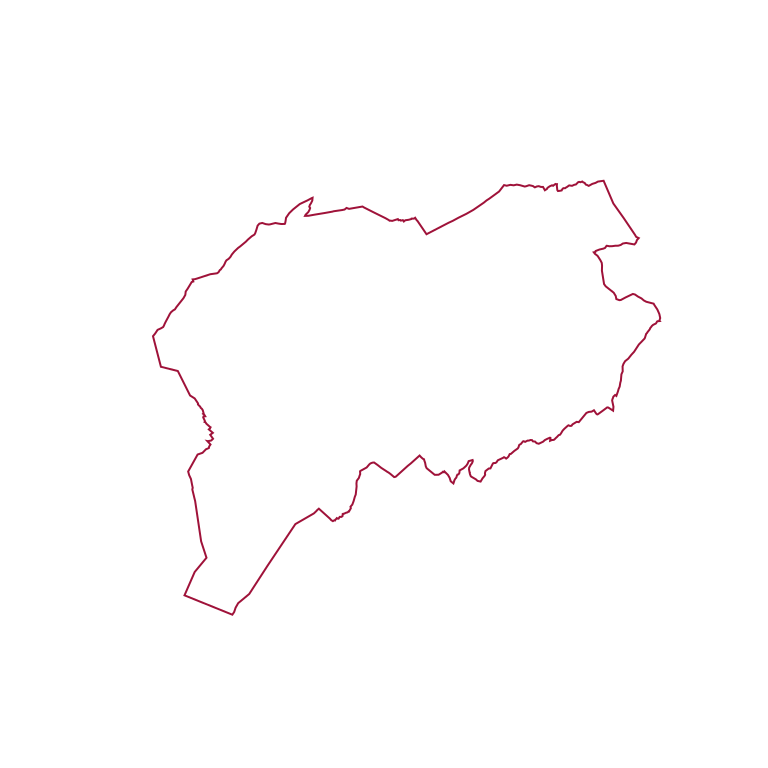 Atlatlahucan, Morelos, Mexico (Natural Earth projection), rotated 202°
{"feature_id": "50627088B89977310862444", "entity_name": "Atlatlahucan", "entity_type": "district", "adm_level": 2, "iso_a3": "MEX", "parent_name": "Mexico", "parent_adm1": "Morelos", "projection": "natural_earth1", "projection_center": [-98.903, 18.941], "detail": "fine", "context": "isolated", "style": "outline", "palette": "rose", "viewbox_px": 768, "rotation_deg": 202, "n_neighbors": 0, "source": "geoboundaries", "source_scale": "gbopen_adm2", "svg_char_len": 6154}
<svg xmlns="http://www.w3.org/2000/svg" viewBox="0 0 768 768"><g transform="rotate(202 384 384)"><path d="M597.3,316.4L580.0,318.8L559.5,300.7L554.1,299.7L549.1,296.3L548.8,295.3L545.9,294.1L545.1,293.3L543.6,292.8L542.2,291.8L540.3,289.3L540.6,288.6L539.3,288.3L537.7,287.1L539.2,286.3L539.1,285.3L536.3,282.7L536.1,281.6L535.5,281.8L533.7,280.6L529.2,279.0L528.6,278.9L528.7,277.7L529.4,276.3L524.4,274.6L526.1,271.8L522.0,269.2L523.0,266.9L525.9,265.0L526.4,264.9L522.2,262.9L522.7,260.6L522.4,259.0L524.6,256.8L526.5,252.2L530.4,248.8L532.8,229.5L530.5,226.5L527.4,223.6L524.1,218.5L522.4,216.0L522.4,215.3L522.2,214.4L517.9,208.4L517.5,207.8L515.3,204.8L494.6,169.6L483.5,156.4L489.1,138.8L489.8,113.3L438.2,113.3L437.5,116.5L437.8,121.0L437.1,126.2L430.3,138.8L423.9,171.9L413.7,220.9L400.5,237.8L399.1,240.9L398.7,242.1L397.7,244.0L383.7,238.9L381.9,238.0L380.0,237.7L379.1,238.9L378.2,239.2L378.3,240.0L377.8,240.9L377.5,242.0L376.4,241.8L375.7,242.1L375.3,244.2L373.6,244.9L373.0,246.0L373.2,246.3L373.2,246.9L373.6,248.0L373.3,248.3L373.0,248.2L370.7,250.7L370.2,250.9L369.4,251.8L369.1,252.7L368.7,252.7L368.2,256.4L369.1,257.7L368.2,260.3L368.3,264.0L368.8,268.5L368.8,270.9L371.0,278.7L372.3,281.5L373.0,284.1L372.1,287.5L372.3,290.0L372.3,291.5L373.5,294.1L373.2,294.7L368.8,300.1L367.5,304.0L366.8,305.3L365.3,306.7L363.8,307.5L359.6,306.5L355.1,305.2L348.9,304.0L348.2,303.8L346.6,303.6L344.3,303.0L339.7,301.5L338.4,302.4L331.3,317.0L329.4,320.4L324.2,331.0L322.1,330.0L319.8,329.2L318.7,329.2L318.0,328.2L316.4,326.4L314.4,323.3L312.9,321.9L303.0,318.8L299.4,320.3L297.0,323.6L296.5,324.7L295.5,324.6L295.3,325.6L290.7,323.7L288.0,321.6L285.7,318.8L282.4,317.8L282.5,320.0L282.7,320.8L282.4,323.0L282.0,323.9L281.9,324.9L282.1,326.1L282.0,327.5L281.1,328.1L280.8,329.6L281.2,331.2L281.5,332.2L278.8,335.5L277.1,339.1L276.7,340.9L276.6,342.0L276.6,344.2L273.4,346.7L272.8,345.9L272.7,344.1L272.9,342.8L273.2,342.0L273.7,338.4L273.2,336.7L272.0,334.8L271.3,334.1L271.4,333.9L270.5,332.6L269.0,331.0L268.5,330.8L263.0,330.0L261.0,329.2L257.9,329.7L257.3,333.5L256.4,336.2L256.2,337.7L257.0,339.1L257.3,341.3L255.2,344.9L253.7,345.6L253.3,350.6L253.0,351.6L251.1,352.5L250.4,353.5L249.9,355.9L245.9,360.2L245.3,361.1L244.2,361.0L242.8,360.6L242.0,361.9L241.4,363.4L241.2,366.1L240.2,366.7L238.1,370.8L235.8,374.4L235.6,375.8L235.8,377.8L235.7,378.4L234.7,379.5L233.6,382.9L233.0,383.3L231.5,383.2L229.7,385.3L228.5,385.8L227.1,387.0L225.7,387.4L224.5,386.6L222.3,387.2L220.4,386.3L218.1,386.6L214.9,390.1L213.9,392.2L212.1,394.3L210.0,396.4L209.4,396.3L208.7,393.6L207.3,395.0L206.3,395.4L205.4,396.1L204.8,397.4L204.5,398.2L203.8,399.6L202.9,402.0L201.8,402.9L201.4,404.5L200.9,407.7L200.0,410.0L198.0,414.1L197.5,414.8L195.8,414.8L194.5,415.5L194.1,417.2L191.2,421.1L189.1,421.6L185.5,433.0L183.7,434.8L181.1,436.2L179.5,438.3L176.1,436.0L175.3,435.7L174.8,435.7L174.4,436.0L170.9,441.6L168.3,445.9L167.3,446.2L161.6,445.1L162.7,448.8L166.3,454.2L166.5,455.4L166.5,457.0L166.6,458.2L165.6,460.4L164.1,460.0L164.3,464.6L164.6,467.3L164.5,469.8L165.4,473.7L165.6,475.8L167.5,481.9L167.4,485.1L169.4,489.7L169.5,492.5L169.0,495.5L167.0,499.0L165.6,503.8L164.2,507.5L162.5,516.1L159.4,523.8L159.4,525.1L159.5,526.1L159.7,528.7L159.3,529.6L159.1,530.8L158.6,532.5L158.1,534.2L158.1,535.6L157.7,536.8L157.4,538.1L156.6,539.7L154.7,541.8L154.5,542.1L154.2,544.3L154.0,544.6L152.8,545.2L151.9,545.7L152.4,546.0L152.6,548.6L154.9,552.0L158.5,555.5L162.9,558.5L164.1,559.5L171.6,558.5L174.4,558.8L177.3,559.8L181.3,560.2L184.8,561.0L187.0,560.7L192.4,554.8L195.9,550.6L197.2,549.9L200.4,549.8L202.1,552.4L205.2,554.7L215.0,557.6L217.4,559.1L224.4,570.7L226.2,575.5L227.5,577.9L229.7,579.8L233.5,582.5L234.2,582.9L237.1,583.7L238.8,584.7L237.5,585.6L237.6,586.6L234.6,589.4L231.3,591.7L230.0,593.0L229.5,595.2L229.3,595.6L226.5,596.2L224.0,597.3L221.4,598.8L218.6,600.0L216.6,601.6L215.2,603.7L212.3,605.5L204.1,607.2L203.3,609.6L203.4,612.2L202.5,614.7L205.3,614.9L207.1,616.3L223.7,627.5L239.0,637.3L256.5,654.7L261.5,651.8L263.2,649.7L265.8,647.6L268.4,644.4L270.6,644.6L271.6,644.5L273.3,645.6L274.9,645.6L276.0,646.0L277.4,644.7L278.8,644.5L279.6,643.8L280.8,640.9L282.2,640.0L283.9,638.2L286.7,637.5L288.3,635.0L288.9,634.3L289.4,633.4L291.1,632.7L291.7,631.3L291.8,630.0L292.1,629.8L293.5,628.9L295.0,628.1L296.0,628.8L298.1,632.7L298.5,634.1L298.8,634.0L299.0,633.6L299.9,633.7L300.3,633.2L301.5,631.1L302.6,631.2L304.4,629.4L305.9,627.1L306.0,625.9L307.4,623.9L310.4,626.3L312.4,625.5L314.6,625.4L316.3,624.4L317.6,623.0L318.0,622.8L319.7,623.3L321.1,623.2L323.9,622.7L326.3,620.6L327.5,619.8L332.3,619.3L335.6,618.6L338.2,616.8L341.4,616.0L344.5,613.8L347.2,613.4L349.4,605.6L355.8,595.3L357.7,592.6L359.4,589.5L366.4,578.9L371.4,572.6L377.2,566.1L381.4,561.0L384.5,557.7L400.7,538.8L414.3,547.9L414.9,548.0L417.4,549.8L418.1,548.6L420.4,547.7L420.4,547.2L422.8,545.4L425.6,543.8L426.5,542.1L427.9,543.0L429.6,541.8L430.4,542.1L431.9,541.3L432.9,542.1L437.5,538.3L439.2,537.9L439.8,537.5L440.1,537.5L441.0,537.8L444.8,538.3L458.1,539.3L468.7,540.2L470.4,540.5L482.0,533.3L484.7,533.2L485.9,531.0L488.0,529.6L495.4,525.3L496.4,524.5L502.6,520.6L511.8,515.0L517.2,511.6L520.2,510.3L520.1,511.6L518.6,515.0L518.3,517.4L518.4,519.5L519.7,520.4L519.8,522.4L519.4,524.1L519.2,527.2L520.0,529.9L520.8,529.1L523.7,525.6L527.5,521.5L529.5,519.3L533.7,511.8L535.9,506.8L537.1,501.4L536.3,498.2L535.9,496.1L536.0,495.2L539.4,493.8L541.9,493.2L545.0,492.6L549.5,489.3L550.6,488.7L553.6,487.9L557.2,487.7L559.6,486.0L560.5,483.5L560.1,479.3L559.9,475.7L560.1,474.0L562.0,471.4L564.3,466.9L565.4,464.2L569.0,457.5L570.2,455.6L572.4,450.8L573.6,447.0L574.0,444.3L574.9,441.9L576.4,439.7L576.5,439.2L576.7,438.2L576.8,435.3L577.0,433.4L578.0,430.4L578.2,429.1L578.9,428.1L579.3,425.6L580.3,424.1L586.2,420.7L596.9,411.7L598.8,410.2L600.6,409.3L599.2,407.6L600.5,406.5L601.8,398.5L602.5,395.5L601.6,392.2L602.1,388.4L605.3,377.5L605.8,374.9L607.1,373.2L608.4,370.7L608.9,368.3L609.1,365.6L609.7,360.2L609.9,357.6L609.9,355.8L610.1,354.1L611.8,351.9L614.2,349.4L615.1,345.0L616.1,341.8L597.3,316.4Z" fill="none" stroke="#9f1239" stroke-width="2"/></g></svg>